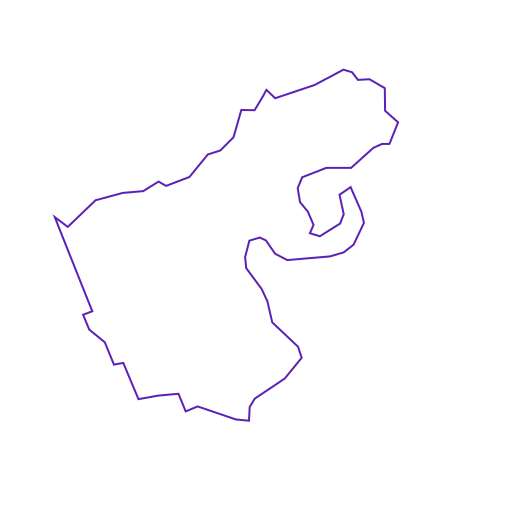 Pointe Coupee, Louisiana, United States of America, rotated 68°
{"feature_id": "52423323B80007668106022", "entity_name": "Pointe Coupee", "entity_type": "district", "adm_level": 2, "iso_a3": "USA", "parent_name": "United States of America", "parent_adm1": "Louisiana", "projection": "orthographic", "projection_center": [-91.606, 30.751], "detail": "fine", "context": "isolated", "style": "outline", "palette": "violet", "viewbox_px": 512, "rotation_deg": 68, "n_neighbors": 0, "source": "geoboundaries", "source_scale": "gbopen_adm2", "svg_char_len": 1057}
<svg xmlns="http://www.w3.org/2000/svg" viewBox="0 0 512 512"><g transform="rotate(68 256 256)"><path d="M144.6,428.0L177.0,428.2L245.9,428.5L245.7,438.3L261.7,438.2L279.4,428.5L303.5,428.4L305.4,419.1L344.7,418.6L348.8,399.0L354.7,379.5L373.7,379.4L373.6,366.5L400.0,335.9L406.1,324.2L393.6,318.4L387.8,310.6L380.4,275.3L367.5,251.8L355.9,251.0L323.6,265.8L302.2,262.4L288.8,263.1L263.6,269.6L252.9,266.5L239.3,256.4L240.3,245.6L245.2,241.0L261.1,237.4L271.5,228.5L284.1,187.5L285.5,173.3L282.0,161.2L265.7,143.5L254.6,141.7L227.6,142.5L230.5,155.6L250.1,159.0L257.4,165.8L261.6,189.4L255.1,197.5L248.7,191.0L234.4,191.3L222.5,195.0L208.7,191.9L200.3,183.7L200.6,157.8L209.9,134.8L199.7,106.7L199.3,97.1L202.1,90.3L185.3,74.2L169.7,81.9L148.6,73.7L134.6,84.6L130.9,95.5L121.6,98.1L116.0,105.1L119.4,137.7L116.9,179.1L105.9,184.1L110.5,189.7L120.3,202.7L115.1,214.9L137.5,232.4L144.8,249.6L143.8,262.6L157.8,288.1L157.3,313.1L150.5,318.5L153.6,336.3L147.6,355.9L144.2,383.9L158.5,419.6L144.6,428.0Z" fill="none" stroke="#5b21b6" stroke-width="2"/></g></svg>